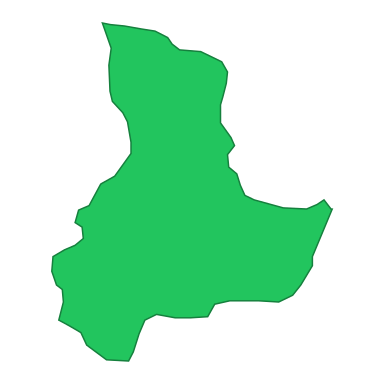 the district of Gyeongsan-si, North Gyeongsang, South Korea
{"feature_id": "91817680B37299464646583", "entity_name": "Gyeongsan-si", "entity_type": "district", "adm_level": 2, "iso_a3": "KOR", "parent_name": "South Korea", "parent_adm1": "North Gyeongsang", "projection": "robinson", "projection_center": [128.804, 35.841], "detail": "fine", "context": "isolated", "style": "filled", "palette": "green", "viewbox_px": 384, "rotation_deg": 0, "n_neighbors": 0, "source": "geoboundaries", "source_scale": "gbopen_adm2", "svg_char_len": 1010}
<svg xmlns="http://www.w3.org/2000/svg" viewBox="0 0 384 384"><path d="M102.4,23.0L111.2,48.2L108.9,65.2L110.0,91.2L112.4,101.4L122.8,112.7L127.5,121.8L131.0,142.2L131.0,153.5L114.7,176.2L102.2,183.2L100.7,184.1L89.1,205.6L78.6,210.1L75.1,222.6L82.1,227.1L83.3,238.5L75.1,245.3L64.6,249.8L53.0,256.6L52.9,257.9L51.8,271.3L56.5,285.0L62.3,289.5L63.4,302.0L58.8,320.1L69.3,325.8L80.9,332.6L86.7,345.1L106.5,359.8L128.6,361.0L133.3,351.9L139.1,333.7L144.9,320.1L156.5,314.4L175.2,317.8L190.3,317.8L207.7,316.7L214.7,304.2L229.8,300.8L243.8,300.8L258.9,300.8L278.7,302.0L292.7,295.2L300.8,285.0L312.4,265.7L312.4,256.6L332.2,209.1L331.0,209.0L324.0,199.9L317.1,204.5L306.6,209.0L283.3,207.9L254.2,199.9L244.9,195.4L240.3,185.2L236.8,173.9L228.7,167.1L227.5,154.6L234.5,145.6L231.0,137.6L220.5,122.9L220.5,104.8L222.8,96.9L226.3,83.3L227.5,72.0L221.7,61.8L200.7,51.6L179.6,49.9L172.1,44.1L167.7,37.6L155.0,31.1L140.9,28.9L124.5,26.0L110.4,24.6L102.4,23.0Z" fill="#22c55e" stroke="#15803d" stroke-width="1.5"/></svg>